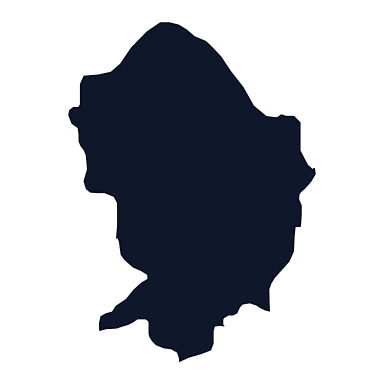 the border of Brod
{"feature_id": "MKD-2944", "entity_name": "Brod", "entity_type": "Statistical Region", "adm_level": 1, "iso_a3": "MKD", "parent_name": "North Macedonia", "parent_adm1": "", "projection": "robinson", "projection_center": [21.2, 41.634], "detail": "fine", "context": "isolated", "style": "filled", "palette": "ink", "viewbox_px": 384, "rotation_deg": 0, "n_neighbors": 0, "source": "natural_earth", "source_scale": "10m", "svg_char_len": 1754}
<svg xmlns="http://www.w3.org/2000/svg" viewBox="0 0 384 384"><path d="M169.4,23.0L172.1,23.7L178.5,25.3L186.5,30.2L194.1,36.8L200.8,39.6L205.7,41.7L212.6,48.4L220.7,57.0L230.4,71.6L242.9,87.6L253.3,106.2L266.2,116.8L277.1,118.1L281.3,115.1L286.2,116.6L293.8,116.6L299.8,122.8L299.8,142.5L299.8,150.8L307.4,165.4L313.4,170.6L314.1,168.1L315.0,173.9L310.7,181.2L304.8,187.9L301.0,191.2L298.8,193.9L298.3,199.2L301.0,205.8L301.0,213.8L300.4,223.8L300.1,226.2L298.2,226.2L294.9,226.2L293.9,236.3L293.2,251.3L288.9,261.0L284.0,266.6L278.1,273.1L274.1,277.6L270.5,283.6L268.6,289.3L268.8,301.8L269.2,310.7L265.9,309.9L260.6,307.5L257.0,305.0L250.0,302.6L242.3,303.8L239.3,307.1L236.7,312.7L233.0,314.7L228.4,314.7L223.4,317.6L222.5,319.6L222.5,324.4L223.2,325.6L220.5,325.2L214.3,325.7L212.9,330.9L212.9,335.8L212.9,343.3L210.4,349.8L201.0,353.4L188.8,356.9L179.8,361.0L179.8,358.6L177.7,352.1L171.2,348.5L164.3,347.7L156.4,344.6L152.5,340.6L150.0,336.6L149.3,333.6L149.3,328.3L149.3,323.0L148.9,320.8L145.7,318.6L137.4,318.6L132.1,322.1L127.7,324.3L122.7,325.7L116.6,327.8L110.1,328.3L106.5,328.3L100.0,330.1L99.8,330.0L99.8,326.1L99.8,322.8L101.2,316.7L106.1,314.0L112.4,312.3L116.4,306.3L126.3,299.7L133.9,290.3L141.6,283.2L148.3,279.3L147.9,274.4L141.6,270.5L133.1,266.7L125.0,259.5L121.4,254.6L119.6,241.4L117.4,236.4L116.9,237.0L117.8,226.0L117.8,213.3L117.8,202.9L114.3,196.3L104.8,192.4L97.6,192.4L90.5,191.9L86.5,188.6L84.3,181.2L87.8,169.3L86.5,155.0L84.2,149.6L81.1,145.7L79.3,141.3L79.3,134.7L78.4,127.6L72.1,123.2L69.0,114.9L69.9,110.5L73.5,107.7L78.9,107.7L80.7,104.4L80.7,96.2L80.7,84.1L84.2,76.4L98.2,75.3L101.9,74.5L111.1,72.5L120.6,64.3L131.8,47.8L147.5,31.8L160.5,23.0L169.4,23.0Z" fill="#0f172a" stroke="#020617" stroke-width="1.5"/></svg>